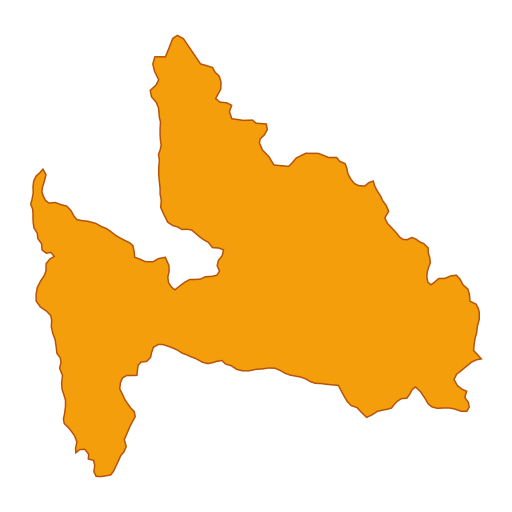 Bandeira, Minas Gerais, Brazil
{"feature_id": "56859067B30982506378095", "entity_name": "Bandeira", "entity_type": "district", "adm_level": 2, "iso_a3": "BRA", "parent_name": "Brazil", "parent_adm1": "Minas Gerais", "projection": "albers", "projection_center": [-40.598, -15.864], "detail": "fine", "context": "isolated", "style": "filled", "palette": "amber", "viewbox_px": 512, "rotation_deg": 0, "n_neighbors": 0, "source": "geoboundaries", "source_scale": "gbopen_adm2", "svg_char_len": 4302}
<svg xmlns="http://www.w3.org/2000/svg" viewBox="0 0 512 512"><path d="M154.9,56.8L152.8,64.0L154.5,71.2L156.5,75.3L158.7,79.8L156.1,85.0L150.2,90.4L151.5,96.8L156.1,102.1L158.5,107.9L159.0,112.8L159.4,117.7L160.5,121.9L160.1,128.9L160.1,135.1L160.5,140.9L161.2,145.3L160.1,150.1L158.5,154.5L159.4,160.1L158.8,167.1L158.7,174.4L159.4,182.0L160.1,188.4L160.1,194.0L161.3,200.4L160.7,207.4L164.0,214.8L167.7,222.2L172.9,225.6L177.2,226.8L182.1,229.5L187.3,229.2L191.8,230.1L196.6,234.2L200.2,237.3L203.8,239.8L208.2,242.2L212.5,247.6L218.6,248.0L223.5,249.8L222.2,255.7L218.4,260.4L217.2,265.6L219.5,271.2L216.8,275.3L211.8,276.4L205.5,276.7L200.4,279.1L195.0,279.5L189.8,279.5L184.8,282.2L179.9,285.9L174.9,289.8L171.4,287.0L168.6,282.8L167.8,277.2L169.1,271.4L168.9,265.5L165.3,257.3L158.5,258.6L152.9,261.8L145.1,261.6L139.6,259.0L134.7,257.3L134.2,251.9L132.9,245.7L129.7,242.8L124.5,240.3L119.6,237.7L114.5,234.6L110.4,231.2L106.1,228.4L101.6,226.7L95.8,223.4L87.9,221.3L81.8,220.6L76.8,219.5L73.9,216.0L71.0,210.6L66.7,206.1L60.4,204.5L55.3,202.5L49.0,203.1L45.4,200.3L43.3,196.1L41.9,191.9L42.4,187.5L44.2,181.8L46.0,174.6L42.9,169.2L39.9,172.7L36.1,176.1L33.7,181.0L33.0,186.8L33.2,192.9L32.1,199.0L30.7,204.2L32.6,209.0L33.0,213.4L33.0,218.2L33.2,222.6L33.9,227.7L37.2,233.1L37.9,238.7L41.5,243.6L42.1,250.0L46.3,253.2L50.8,252.4L54.3,256.4L50.1,258.8L46.1,263.7L46.0,271.0L44.1,275.9L40.7,280.8L37.3,287.5L36.1,294.4L36.2,301.1L40.3,306.9L46.6,311.2L50.8,315.6L51.7,320.5L51.3,326.6L52.8,333.4L55.1,339.5L56.2,346.9L56.9,353.3L60.3,357.9L61.0,362.4L59.6,368.2L62.5,375.5L61.6,383.2L62.1,389.5L64.0,395.1L65.5,400.0L65.5,406.4L64.6,413.6L63.4,419.0L64.3,423.6L68.2,427.4L71.3,431.2L74.5,435.6L76.9,442.0L75.6,448.2L75.8,452.7L79.7,449.6L84.8,449.3L88.7,454.3L88.3,459.0L93.6,460.4L94.7,465.5L93.9,471.7L96.1,476.3L100.8,476.6L105.1,476.0L110.7,474.9L113.6,471.1L116.4,465.1L118.8,460.1L120.8,455.4L123.9,452.0L126.2,446.6L124.3,439.6L127.1,433.2L129.8,426.7L132.7,421.2L135.2,416.7L134.3,411.7L130.9,408.2L128.0,404.2L124.9,399.6L122.0,393.3L119.7,388.8L120.4,382.7L122.6,377.8L126.6,375.5L131.6,375.5L136.9,375.4L137.5,370.0L138.1,365.4L141.0,362.1L146.7,361.4L150.5,357.5L151.6,352.5L153.4,347.3L158.6,344.3L163.3,344.6L168.6,346.4L173.6,348.3L177.8,350.3L182.4,353.3L186.3,354.6L190.3,356.5L196.3,358.8L202.4,362.2L207.8,363.6L212.1,362.8L216.6,361.4L221.9,360.5L225.5,364.0L231.2,365.7L236.8,369.4L242.4,370.8L249.2,370.8L255.5,369.4L262.5,368.9L268.5,368.0L275.0,368.2L279.9,370.3L285.2,373.3L290.5,375.2L295.0,376.0L300.9,377.1L306.0,379.0L310.3,381.6L315.3,383.3L321.4,383.6L326.5,384.3L332.0,384.8L338.4,385.4L341.6,391.6L344.5,396.9L347.2,401.5L351.2,405.6L356.9,407.5L361.1,412.0L366.6,417.4L371.7,415.0L377.5,411.3L382.5,410.2L387.5,409.2L391.5,408.0L394.4,404.2L397.4,401.2L401.2,398.7L406.8,398.2L409.9,394.0L412.0,389.8L415.5,386.9L420.7,391.9L425.2,398.7L428.3,404.0L431.9,406.9L437.3,408.3L443.5,408.0L449.3,408.0L454.4,408.9L461.2,411.3L466.8,411.3L469.2,407.1L468.4,402.5L464.8,397.5L466.6,391.2L462.1,389.3L457.4,385.6L454.0,379.5L456.7,374.1L460.6,371.1L465.5,367.1L471.4,362.2L476.5,359.8L481.3,358.9L477.4,354.5L473.6,350.5L474.1,344.7L475.0,338.4L476.6,332.8L477.3,326.5L479.2,319.5L479.3,312.6L478.3,308.4L476.1,304.2L470.0,301.2L469.4,294.2L467.8,289.0L463.1,285.0L460.0,279.2L456.4,275.2L450.8,275.9L444.9,278.4L438.8,278.5L434.5,282.2L430.9,284.8L427.8,282.0L426.8,276.8L427.4,271.2L428.7,267.2L430.3,262.8L429.7,257.4L428.3,253.2L428.1,247.9L423.7,243.6L419.5,241.8L416.1,239.2L411.8,237.5L407.1,239.7L402.8,239.4L399.5,236.9L396.7,233.3L392.5,228.7L387.5,223.5L384.8,217.9L388.7,211.3L386.2,205.5L382.6,200.6L380.3,195.5L377.4,191.2L374.9,186.5L373.2,181.0L369.1,182.5L364.6,186.1L358.6,185.6L354.3,183.5L350.4,178.6L347.7,173.2L346.9,168.5L345.1,163.6L339.7,161.3L336.7,157.5L328.6,157.5L318.5,153.4L305.7,153.3L296.3,158.0L291.7,163.4L288.6,166.4L273.9,165.0L269.0,156.8L262.5,150.1L259.4,143.0L260.2,138.8L264.3,135.0L267.3,129.6L266.3,124.0L256.1,123.2L252.5,120.1L243.3,120.4L231.8,118.7L229.4,111.6L231.7,105.3L226.7,102.8L219.9,102.1L215.6,98.6L220.8,89.0L221.0,82.0L219.3,76.3L215.0,72.1L212.5,67.5L205.3,65.3L200.5,63.9L183.4,38.7L177.4,35.4L172.7,38.5L169.0,48.1L165.4,56.9L160.3,56.8L154.9,56.8Z" fill="#f59e0b" stroke="#b45309" stroke-width="1.5"/></svg>